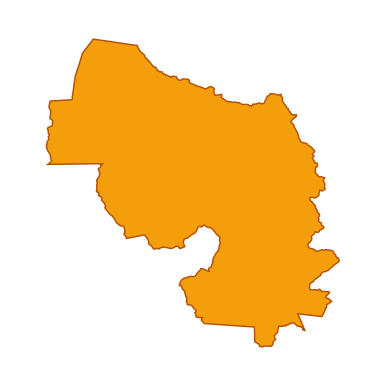 Santa Quitéria, Ceará, Brazil, rotated 356°
{"feature_id": "56859067B17930491929405", "entity_name": "Santa Quitéria", "entity_type": "district", "adm_level": 2, "iso_a3": "BRA", "parent_name": "Brazil", "parent_adm1": "Ceará", "projection": "albers", "projection_center": [-39.983, -4.362], "detail": "fine", "context": "isolated", "style": "filled", "palette": "amber", "viewbox_px": 384, "rotation_deg": 356, "n_neighbors": 0, "source": "geoboundaries", "source_scale": "gbopen_adm2", "svg_char_len": 6051}
<svg xmlns="http://www.w3.org/2000/svg" viewBox="0 0 384 384"><g transform="rotate(356 192 192)"><path d="M317.9,316.7L318.4,315.2L318.3,313.6L320.2,313.1L323.7,310.9L322.6,310.0L321.6,308.7L320.5,307.8L319.0,307.3L317.9,306.1L318.9,304.8L321.2,303.1L322.2,301.8L321.0,300.8L318.1,300.8L316.4,300.4L314.8,300.4L312.5,297.9L310.9,298.9L309.6,298.3L307.2,298.0L305.8,298.2L303.9,297.9L302.8,297.1L302.5,295.2L302.9,293.8L303.0,292.3L303.9,291.3L306.5,290.1L308.6,287.8L310.2,287.0L313.0,284.9L314.3,284.4L315.2,282.4L317.3,280.8L320.1,280.6L322.7,279.5L323.6,278.6L327.6,275.8L328.3,274.9L333.5,271.9L334.0,270.7L333.8,269.6L333.3,268.1L331.8,267.4L331.1,266.2L330.8,264.3L329.5,263.3L328.5,260.8L327.1,260.0L324.3,259.5L322.6,259.0L321.2,258.9L319.6,259.2L318.2,258.7L317.0,258.7L313.7,259.7L311.7,260.0L311.1,258.9L310.0,258.0L308.2,257.1L304.8,256.0L304.6,254.6L303.6,252.9L304.6,251.4L305.9,250.6L307.9,248.2L308.3,246.5L307.8,245.3L308.4,244.1L311.0,242.4L312.0,240.2L313.8,241.0L314.9,241.0L315.9,240.6L316.7,239.2L318.7,238.1L320.0,237.8L321.0,236.7L320.8,235.6L319.7,235.0L318.8,233.7L319.0,232.1L316.3,230.2L316.6,228.6L316.6,227.0L316.3,225.9L317.1,225.2L317.7,223.8L317.2,222.3L315.5,220.5L315.4,218.6L313.9,216.6L314.3,215.0L313.1,213.0L312.0,212.1L311.7,211.1L310.7,209.8L309.5,208.8L309.1,207.7L309.4,206.1L311.2,205.5L314.1,206.6L315.2,206.3L316.7,205.5L318.4,203.8L318.7,201.4L319.6,198.9L320.9,199.8L322.2,199.9L324.5,198.8L325.2,197.8L324.4,196.8L325.0,193.8L324.9,192.6L324.3,191.6L323.7,189.4L324.5,188.6L325.3,187.3L322.8,186.1L319.4,185.4L318.5,184.0L316.2,181.3L316.8,179.0L316.6,177.4L317.1,176.1L318.6,175.5L319.0,173.9L319.0,172.2L316.7,171.2L315.9,169.4L314.9,168.1L314.5,166.6L316.2,164.7L315.4,164.0L314.8,162.6L316.7,160.9L317.3,159.7L316.6,158.6L315.3,157.5L314.5,155.8L310.9,153.2L310.3,152.1L308.0,151.0L305.7,150.5L304.4,149.6L303.7,148.3L302.5,145.8L301.7,141.3L301.1,139.7L298.6,134.6L298.0,131.8L297.2,130.8L295.5,129.4L296.1,127.8L298.0,126.2L300.8,124.3L301.6,123.3L301.4,122.2L299.1,122.3L296.9,121.6L295.2,118.7L293.7,116.9L293.8,115.6L292.8,114.8L292.1,113.9L291.6,112.6L289.0,108.7L288.6,107.6L288.6,106.2L288.9,104.7L288.4,103.5L287.6,102.4L287.8,100.9L284.8,101.3L280.5,99.8L278.8,99.5L276.8,99.5L275.6,101.1L273.9,101.7L273.0,102.9L272.7,104.3L272.0,105.0L271.4,105.9L270.2,108.4L269.0,108.8L267.3,108.8L266.0,107.9L260.6,108.8L258.9,108.6L258.3,109.6L257.0,110.3L255.3,110.1L254.1,108.6L250.4,108.3L248.9,108.3L247.4,107.8L245.8,106.5L240.5,105.2L238.4,105.5L235.9,104.3L234.5,104.5L231.3,102.8L230.5,101.8L227.9,99.7L228.5,96.9L226.7,96.7L224.8,97.2L221.8,97.0L221.1,95.9L220.7,92.8L221.6,91.1L220.7,89.6L218.3,88.0L215.4,88.9L213.8,89.9L211.8,90.1L210.2,88.9L208.0,87.9L204.2,86.5L201.1,84.8L198.7,83.8L196.7,82.1L197.2,80.9L196.7,79.5L195.1,79.0L193.9,79.3L192.4,78.6L190.6,78.6L189.0,79.6L186.8,79.5L184.8,77.4L184.6,76.0L180.7,75.1L179.2,76.3L178.2,75.1L177.0,75.1L175.4,73.8L174.2,73.7L173.1,72.6L171.7,72.3L170.2,69.9L168.1,69.9L166.9,68.8L165.6,68.1L165.5,66.6L164.4,65.2L162.3,64.1L161.2,62.9L160.2,61.5L158.8,59.1L157.5,57.7L156.6,56.3L155.1,54.9L154.4,53.9L154.2,52.1L150.0,47.9L148.4,44.6L147.3,41.7L145.4,41.6L143.4,41.2L104.2,32.6L92.4,46.0L88.0,57.6L83.5,68.7L78.7,91.6L56.9,91.4L55.9,94.4L55.4,96.6L55.4,98.5L56.5,99.8L56.6,102.6L55.5,108.1L55.8,109.3L56.9,109.7L57.9,111.0L57.6,112.5L57.6,114.9L56.8,116.3L52.9,117.6L52.2,118.8L52.9,120.7L52.7,122.2L52.8,123.5L53.4,124.5L53.6,125.8L52.6,126.7L52.8,129.6L51.0,131.8L50.7,133.1L50.7,134.3L50.0,135.4L50.1,137.9L50.6,140.1L53.1,144.6L53.4,149.0L54.2,151.3L53.4,152.1L50.0,154.4L95.3,156.9L104.8,157.7L104.0,158.4L102.8,158.9L102.7,160.5L101.6,161.4L100.4,162.0L100.1,163.2L101.2,165.9L101.1,167.8L100.4,170.3L99.7,171.4L98.6,172.2L98.0,173.1L97.7,174.4L98.1,177.3L97.5,178.2L97.3,182.4L96.7,184.9L98.6,186.1L98.9,187.2L98.4,188.7L99.9,190.1L101.6,190.8L101.3,192.9L101.3,194.0L103.5,196.6L104.2,198.3L104.7,200.3L104.0,201.6L104.5,202.8L106.4,205.3L108.1,208.0L111.0,210.7L112.3,212.7L114.8,217.6L118.1,220.7L120.8,221.2L122.0,222.5L122.0,224.6L122.5,227.1L121.4,228.7L121.3,229.8L122.3,230.7L123.1,232.2L123.3,233.8L141.1,231.5L142.6,232.6L144.0,235.3L145.0,236.7L145.3,240.3L145.6,241.4L147.2,242.3L149.0,244.7L149.4,246.1L150.5,246.3L153.8,245.9L155.0,246.5L156.3,245.7L158.9,245.0L160.3,245.1L161.6,245.5L163.3,245.7L166.5,246.9L168.0,246.9L171.5,245.5L172.5,244.8L174.0,245.3L176.0,247.5L178.9,246.8L180.9,246.0L179.9,242.4L180.0,240.6L181.3,238.2L183.8,237.8L186.1,236.5L188.2,234.7L189.9,234.3L192.7,232.4L193.7,231.3L194.2,229.8L195.0,229.0L195.4,227.8L196.4,226.9L197.8,226.8L198.8,227.6L201.8,225.8L203.7,227.3L205.1,228.2L208.9,229.4L211.1,232.2L214.0,236.4L216.7,239.2L216.1,242.1L216.7,245.1L215.9,246.4L215.3,248.2L214.8,250.7L214.0,252.3L212.0,254.4L209.0,259.0L208.3,260.4L207.8,263.7L205.7,268.1L203.4,269.2L203.1,270.5L203.7,272.3L202.5,272.2L199.3,270.2L197.7,269.7L196.6,269.0L195.4,269.2L194.6,270.6L193.4,271.5L191.1,273.7L190.4,275.0L189.3,276.2L187.8,276.6L186.5,276.5L184.8,276.0L183.2,276.3L180.4,277.1L178.9,277.3L177.6,277.7L176.2,278.5L175.0,279.6L174.0,281.0L173.7,282.2L173.1,283.3L172.9,284.5L175.2,285.0L175.2,286.1L176.0,288.6L177.9,290.6L177.9,293.2L178.5,294.5L178.4,295.7L179.4,296.9L179.1,299.7L178.7,300.8L179.4,302.2L179.5,303.9L180.6,304.4L182.1,304.4L183.7,305.2L186.3,308.9L187.5,309.7L187.8,311.5L186.4,312.4L187.4,314.5L187.1,316.5L188.8,317.4L192.1,318.0L194.6,318.1L193.0,318.8L192.3,320.4L195.1,324.1L244.8,331.0L244.2,345.9L248.1,348.5L248.7,349.6L248.6,350.7L251.7,351.4L253.3,350.8L255.9,350.9L257.7,351.3L259.7,351.4L261.0,351.0L261.8,350.1L262.3,348.8L262.3,347.4L264.0,345.6L265.1,345.0L264.4,343.6L264.3,340.9L267.5,338.0L268.2,334.8L268.8,333.6L269.1,332.3L270.6,331.9L272.6,332.4L273.5,331.7L274.7,332.1L276.1,332.2L276.9,331.0L278.3,331.3L279.5,330.5L280.8,330.3L281.9,329.9L283.2,329.6L284.4,329.7L285.4,330.4L287.2,332.7L291.5,334.2L292.9,335.4L292.7,336.7L293.8,337.7L294.9,337.9L289.1,320.9L313.0,325.3L317.9,316.7Z" fill="#f59e0b" stroke="#b45309" stroke-width="1.5"/></g></svg>